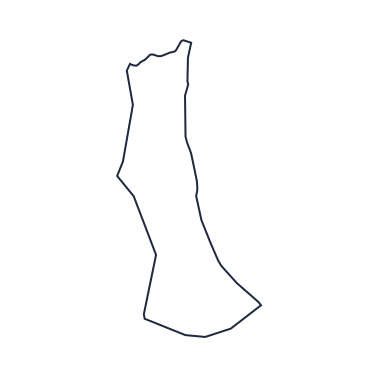 the border of Al Batnah North, rotated 25°
{"feature_id": "OMN-2424", "entity_name": "Al Batnah North", "entity_type": "Region", "adm_level": 1, "iso_a3": "OMN", "parent_name": "Oman", "parent_adm1": "", "projection": "natural_earth1", "projection_center": [56.548, 24.234], "detail": "fine", "context": "isolated", "style": "outline", "palette": "slate", "viewbox_px": 384, "rotation_deg": 25, "n_neighbors": 0, "source": "natural_earth", "source_scale": "10m", "svg_char_len": 758}
<svg xmlns="http://www.w3.org/2000/svg" viewBox="0 0 384 384"><g transform="rotate(25 192 192)"><path d="M82.0,102.2L85.2,102.0L88.1,101.1L89.4,99.3L90.4,96.2L93.6,91.8L96.1,85.1L98.4,83.9L104.0,83.2L106.8,81.7L111.8,76.4L112.6,75.4L116.8,72.1L117.6,70.3L117.7,69.1L118.0,65.8L118.5,59.9L119.3,58.9L120.0,58.1L128.2,57.1L131.5,71.8L141.2,93.9L142.9,95.7L143.8,100.0L144.9,107.5L162.7,144.5L166.4,149.0L174.9,157.4L191.5,179.6L194.8,185.4L196.2,188.7L197.5,193.9L212.4,213.5L230.4,230.4L244.6,243.0L249.6,246.5L271.1,255.6L298.9,263.7L302.4,265.5L284.9,299.4L265.2,317.8L246.5,324.5L202.7,326.9L200.0,323.1L186.0,264.2L141.0,220.5L117.4,209.1L116.5,193.4L101.6,138.0L81.6,109.5L81.7,102.1L82.0,102.2Z" fill="none" stroke="#1e293b" stroke-width="2"/></g></svg>